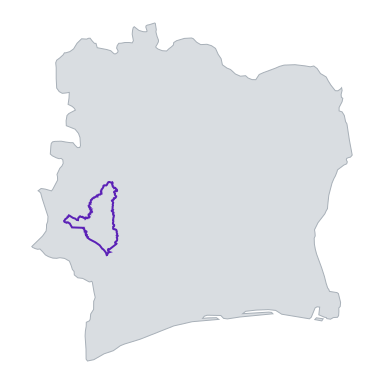 location of Guemon, Dix-Huit Montagnes, Ivory Coast
{"feature_id": "98640826B22329502030217", "entity_name": "Guemon", "entity_type": "district", "adm_level": 2, "iso_a3": "CIV", "parent_name": "Ivory Coast", "parent_adm1": "Dix-Huit Montagnes", "projection": "albers", "projection_center": [-7.319, 7.029], "detail": "fine", "context": "in_parent", "style": "outline", "palette": "violet", "viewbox_px": 384, "rotation_deg": 0, "n_neighbors": 0, "source": "geoboundaries", "source_scale": "gbopen_adm2", "svg_char_len": 8746}
<svg xmlns="http://www.w3.org/2000/svg" viewBox="0 0 384 384"><path d="M64.4,52.8L65.9,52.8L69.9,51.6L73.6,48.9L77.0,43.3L81.6,38.8L86.8,39.1L88.3,38.3L90.1,38.2L92.3,41.1L94.5,43.4L96.0,43.4L97.2,47.7L106.6,49.5L110.7,50.7L114.1,53.8L115.3,53.9L116.7,53.2L117.8,52.1L118.1,50.9L116.6,48.1L117.2,45.6L118.8,43.3L121.2,43.2L124.9,42.5L129.1,42.5L132.2,42.9L133.4,40.7L132.2,34.3L132.5,30.8L133.1,27.9L134.2,26.7L138.9,30.4L143.2,31.7L146.2,31.8L147.1,31.1L145.8,27.0L146.1,25.8L147.3,25.1L149.3,24.7L154.7,23.0L155.3,23.4L156.3,29.7L155.9,31.8L157.0,36.2L158.5,40.2L158.4,41.8L157.2,44.3L155.8,46.6L156.0,47.5L158.1,49.1L162.3,50.7L166.6,51.0L169.0,48.7L171.5,46.8L173.3,45.1L173.8,42.5L176.6,40.7L184.4,38.4L191.6,38.0L193.3,38.7L196.6,42.2L200.7,44.6L207.0,44.3L211.5,45.7L215.5,48.4L218.2,54.4L221.1,58.7L222.4,64.8L227.0,68.1L230.5,69.5L235.4,74.0L240.4,76.2L245.6,75.7L248.1,78.0L252.0,79.6L255.8,79.7L259.2,74.5L263.7,72.5L275.1,68.3L279.5,66.4L284.1,65.1L295.0,64.7L305.2,65.9L310.3,66.8L313.8,66.0L317.1,68.5L320.5,73.6L323.3,75.2L326.2,77.0L328.3,81.0L330.8,85.0L332.2,86.8L335.3,90.7L337.9,90.8L340.5,89.0L341.6,87.7L342.1,90.4L341.1,94.6L341.4,97.3L342.8,98.3L342.1,101.7L339.1,107.5L339.1,110.9L342.1,111.9L344.3,115.5L345.6,121.7L346.9,123.8L347.1,125.0L349.4,140.1L352.2,155.1L350.5,157.1L348.2,157.7L346.7,158.4L346.3,159.8L347.3,161.9L346.7,163.8L343.8,165.1L337.5,169.9L337.0,171.8L335.4,175.9L334.0,178.4L332.0,183.1L328.8,195.3L327.7,205.5L327.5,208.6L326.2,210.8L324.8,213.9L318.0,222.7L314.5,229.8L315.0,232.9L315.2,236.0L314.2,238.2L314.4,244.2L315.3,249.2L316.6,254.1L321.7,268.0L324.4,276.4L326.1,283.2L327.6,287.8L328.9,289.7L329.5,291.4L337.0,292.6L338.4,293.6L340.6,302.5L340.2,306.5L338.8,308.0L338.9,311.4L338.6,315.6L337.5,317.3L333.3,317.6L330.5,319.2L326.8,318.6L326.4,317.6L324.4,317.2L318.8,314.8L319.7,307.1L317.1,306.8L315.1,307.9L311.3,317.2L309.4,318.8L281.7,314.2L275.7,310.4L268.5,309.6L256.0,310.1L245.7,311.3L242.7,313.7L268.8,312.1L271.6,312.4L272.9,313.8L239.9,317.0L227.4,318.9L223.6,318.4L220.8,315.5L207.1,315.2L204.3,316.2L202.6,318.4L208.0,317.9L216.5,317.7L218.8,319.4L192.2,321.7L173.8,325.9L166.0,329.0L140.2,339.2L124.6,344.0L120.4,345.7L113.3,350.7L104.1,353.8L93.8,359.7L87.5,361.0L86.1,359.1L86.0,349.2L85.1,336.0L85.4,331.0L86.2,326.2L86.3,322.3L89.4,320.8L90.2,319.2L90.7,314.0L93.6,309.4L93.7,301.2L94.5,299.5L95.2,297.4L94.0,292.0L92.3,282.0L91.5,281.3L90.8,281.7L89.2,281.9L82.7,278.4L77.8,277.8L74.3,274.9L74.1,271.5L72.4,269.5L71.2,265.6L69.4,261.1L64.5,258.4L59.9,257.7L56.7,258.3L52.8,258.1L48.4,256.6L45.4,254.9L42.5,251.6L39.9,249.0L37.7,249.3L35.2,248.6L32.6,247.4L31.8,246.5L42.5,236.1L46.1,231.0L46.5,227.9L46.5,224.7L47.7,221.5L48.0,216.5L42.2,198.6L40.7,193.0L39.1,191.4L38.1,190.8L41.1,188.5L45.2,189.1L51.5,190.9L52.8,189.2L57.6,180.1L57.5,176.8L57.0,174.4L59.8,168.3L62.0,165.9L63.2,163.3L62.8,159.8L61.2,158.4L59.0,158.7L56.3,157.8L52.3,155.8L50.3,154.0L50.9,145.8L51.3,143.3L52.7,141.8L54.9,141.4L61.2,141.2L66.2,142.1L70.6,142.7L73.0,142.7L74.9,145.1L77.4,147.6L79.7,147.5L80.5,145.7L80.0,137.6L78.5,133.4L75.1,129.2L66.3,125.7L66.1,120.8L67.0,115.5L68.9,113.5L75.4,110.1L74.3,108.3L72.2,106.4L68.1,104.4L69.0,98.1L69.3,92.4L65.8,93.0L62.2,93.3L59.2,91.6L56.7,88.1L56.2,78.6L56.2,67.7L55.7,62.8L56.7,60.2L59.8,57.9L63.2,54.8L64.4,52.8ZM323.2,318.8L321.8,320.9L314.8,319.6L316.4,317.8L323.2,318.8Z" fill="#d9dde1" stroke="#a8b0b8" stroke-width="1"/><path d="M107.0,256.0L106.9,255.2L107.1,254.9L107.0,254.7L107.3,254.1L107.3,253.7L107.7,253.7L107.8,253.6L108.0,253.0L108.1,252.6L109.7,252.1L109.4,252.0L108.8,251.3L108.5,251.1L108.2,250.8L108.1,250.6L108.2,250.4L108.2,250.1L108.0,249.9L108.1,249.7L108.1,249.4L108.4,249.0L109.5,249.3L116.3,244.0L116.5,243.7L116.4,243.6L115.6,243.3L115.3,243.1L115.2,242.9L115.1,242.4L115.3,242.1L115.8,241.6L116.4,241.2L117.0,240.5L117.1,240.2L117.2,238.8L117.1,238.4L116.8,237.8L116.8,237.5L116.8,237.1L117.3,236.7L117.7,235.9L117.7,235.7L117.4,235.5L116.8,235.2L117.1,234.7L117.2,233.8L117.0,233.4L116.7,232.7L116.7,231.9L116.8,231.4L116.6,231.2L116.6,230.8L116.2,230.1L116.2,229.8L116.0,229.7L114.8,229.2L114.7,229.3L114.2,229.3L113.3,228.9L113.1,228.7L113.2,227.4L113.1,227.1L113.1,226.8L113.3,226.5L114.0,226.2L114.1,225.9L114.1,225.5L114.2,225.3L114.2,225.1L114.0,224.7L113.7,224.6L113.1,224.0L112.9,223.2L113.0,222.7L113.2,222.2L113.3,221.7L113.3,220.8L113.0,220.3L113.0,219.9L113.2,219.6L113.3,219.1L113.3,218.0L113.6,217.4L113.6,216.9L114.0,215.6L113.9,215.4L113.6,215.2L113.6,214.9L113.5,214.7L113.2,214.8L113.1,214.7L113.2,214.2L113.0,213.4L113.2,212.9L113.5,212.8L113.5,212.5L112.8,211.7L112.3,211.5L112.0,211.3L111.8,211.1L111.7,210.7L111.8,210.5L112.3,210.2L112.6,210.2L112.9,210.2L113.1,209.8L113.0,209.7L112.8,209.6L112.6,208.9L112.5,208.2L112.7,207.1L112.6,206.4L112.9,205.8L113.0,205.4L112.9,205.0L112.7,204.7L112.7,204.3L113.1,203.2L113.2,202.8L113.2,202.6L112.5,201.4L112.0,200.9L111.9,200.7L112.2,200.3L112.4,200.1L113.1,200.1L113.5,199.5L113.9,199.3L114.0,199.1L113.9,198.9L113.7,198.4L113.8,198.2L115.3,198.0L115.6,197.6L116.1,196.9L116.2,196.3L116.1,196.2L115.9,196.1L115.6,195.9L115.1,195.2L114.9,194.7L114.8,194.3L115.0,193.7L115.0,193.3L114.8,193.1L114.6,193.0L114.1,192.4L114.1,192.0L114.2,191.7L114.6,191.5L114.9,191.2L115.3,191.0L116.0,191.0L116.5,191.2L116.9,191.1L117.0,191.0L117.1,190.7L117.0,190.2L116.9,189.6L116.5,189.3L116.1,189.3L116.1,189.0L115.3,187.9L114.9,187.8L114.5,188.1L114.1,188.2L113.8,187.4L113.4,187.3L113.0,186.9L112.7,186.5L112.8,185.7L112.7,185.4L112.4,185.2L112.1,184.3L112.1,184.0L112.5,183.6L112.6,183.4L112.6,182.7L112.3,182.3L112.0,182.5L111.7,182.5L111.1,182.6L110.5,182.3L110.2,182.3L109.8,182.1L109.5,182.0L108.5,182.1L108.3,182.2L108.0,182.8L107.5,183.4L107.4,183.8L107.2,184.0L107.0,184.7L106.3,185.4L105.9,185.3L105.2,185.4L104.2,185.3L103.9,185.9L103.4,186.0L103.2,187.4L102.9,187.8L102.4,188.6L101.6,189.4L101.5,189.7L101.6,189.8L101.5,190.1L101.2,190.8L101.0,191.0L101.2,191.4L101.0,191.7L101.2,191.8L101.1,192.1L101.4,192.5L101.4,192.9L101.5,193.1L101.5,193.6L101.4,193.6L101.1,193.8L100.8,193.8L100.7,194.2L100.3,194.5L100.1,194.5L99.9,194.4L99.1,194.7L98.9,194.7L98.6,194.7L98.4,194.7L98.3,194.8L98.3,195.0L98.1,195.3L97.9,195.2L97.5,195.4L97.4,195.4L97.4,195.5L97.1,195.4L96.7,195.6L96.5,195.9L96.4,196.2L96.2,196.4L96.3,196.5L96.0,196.5L95.8,196.7L95.4,197.0L94.9,197.3L94.6,197.2L94.1,197.3L93.9,197.7L93.8,197.8L93.7,198.1L93.4,198.1L92.8,198.2L92.4,198.6L92.2,198.7L92.2,198.9L92.0,199.5L91.3,200.0L91.1,200.0L90.9,200.1L90.7,201.5L90.9,202.2L90.4,202.8L90.4,203.0L90.2,202.8L89.9,202.8L89.6,203.1L89.8,203.7L89.7,204.3L89.3,205.0L89.1,205.8L88.7,206.0L88.9,206.4L89.0,206.2L89.1,206.3L89.0,206.5L89.2,207.0L89.2,207.4L89.3,207.5L89.5,207.4L89.6,207.6L89.8,207.6L90.0,207.5L90.1,207.9L90.2,208.1L90.3,208.1L90.2,208.3L90.3,208.4L90.2,208.6L90.3,208.7L90.2,208.9L90.6,209.0L90.7,209.6L90.9,209.6L90.7,209.8L90.6,210.0L90.9,210.3L91.2,210.2L91.2,210.5L91.4,210.7L91.3,210.8L91.3,211.0L91.8,211.5L91.5,211.8L91.3,211.6L91.1,211.5L90.9,211.7L91.1,211.8L91.0,212.0L90.7,212.1L90.6,212.4L90.6,212.5L90.8,212.6L90.5,212.7L90.4,213.0L90.2,213.1L90.2,213.3L90.1,213.2L89.9,213.3L89.8,213.6L89.5,213.7L89.1,214.3L88.8,214.4L88.8,214.5L88.6,214.6L88.5,215.0L89.3,216.5L89.6,216.8L89.5,217.2L89.3,217.4L89.2,217.5L86.6,217.7L86.0,217.5L85.9,217.5L85.9,217.8L86.2,218.1L85.9,218.1L85.3,218.7L85.2,218.4L85.4,218.3L85.1,218.0L84.5,217.8L84.4,217.8L84.4,218.0L84.2,218.1L83.6,217.7L83.3,217.7L82.6,217.1L82.6,216.9L82.3,216.8L81.9,217.0L81.6,217.0L81.2,217.0L81.1,216.9L80.7,216.6L80.4,216.5L80.1,216.3L79.8,216.5L79.5,216.6L79.1,217.3L78.9,217.5L78.6,217.6L78.3,218.0L78.0,219.7L78.0,220.1L76.9,220.0L75.2,218.6L73.0,217.9L70.8,216.5L69.5,215.6L68.8,215.4L68.4,216.5L68.0,216.6L67.8,216.7L67.6,216.7L67.5,217.0L67.6,217.3L67.4,217.4L66.9,218.0L66.6,218.2L66.5,218.4L65.8,218.8L65.7,218.9L65.4,219.0L65.2,219.5L64.7,220.1L64.6,220.5L64.3,220.7L64.4,220.9L64.4,221.0L64.2,221.2L64.2,221.3L64.2,221.5L64.9,222.1L66.1,222.5L66.5,222.7L66.8,222.8L67.0,222.7L67.2,222.3L68.4,222.5L69.2,223.3L69.7,223.4L70.0,223.8L70.1,224.1L72.0,227.4L83.0,227.8L82.7,228.1L82.9,228.2L83.0,228.2L83.4,228.3L83.6,228.6L83.9,228.5L84.2,228.8L84.3,229.2L84.3,229.4L84.6,231.1L84.8,230.9L85.3,230.9L85.4,231.2L85.4,231.6L85.7,231.6L85.8,231.3L85.9,231.2L86.4,231.4L86.5,231.6L86.1,232.4L86.2,232.6L85.9,232.9L85.6,233.6L85.6,233.8L85.7,234.2L85.9,234.2L85.9,234.3L85.9,234.5L86.0,234.6L86.0,234.9L86.6,234.7L86.8,234.8L86.7,235.1L86.8,235.6L87.1,236.2L87.0,236.3L86.8,236.3L86.8,236.6L87.0,236.7L87.5,236.7L87.9,237.0L87.7,237.3L87.6,237.8L89.8,239.4L95.4,242.3L99.7,245.3L102.3,248.8L103.1,249.2L104.6,250.8L105.1,251.6L105.9,252.5L107.0,256.0Z" fill="none" stroke="#5b21b6" stroke-width="2"/></svg>